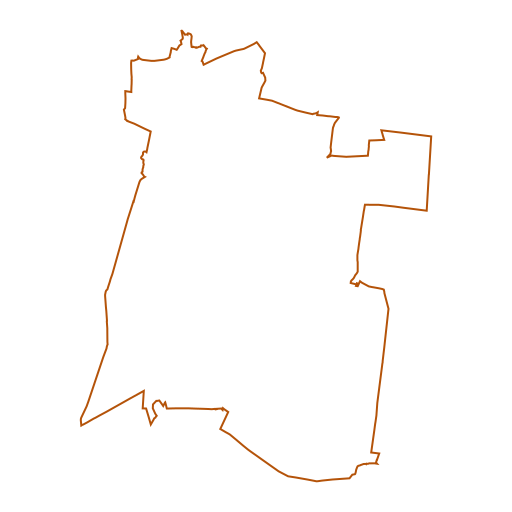 San Francisco del Rincón, Guanajuato, Mexico (Robinson projection)
{"feature_id": "50627088B79683891073354", "entity_name": "San Francisco del Rincón", "entity_type": "district", "adm_level": 2, "iso_a3": "MEX", "parent_name": "Mexico", "parent_adm1": "Guanajuato", "projection": "robinson", "projection_center": [-101.791, 20.925], "detail": "fine", "context": "isolated", "style": "outline", "palette": "amber", "viewbox_px": 512, "rotation_deg": 0, "n_neighbors": 0, "source": "geoboundaries", "source_scale": "gbopen_adm2", "svg_char_len": 5826}
<svg xmlns="http://www.w3.org/2000/svg" viewBox="0 0 512 512"><path d="M81.3,425.5L82.4,424.8L82.8,424.7L83.1,424.6L87.2,422.4L93.7,418.6L95.4,417.8L99.7,415.4L106.6,411.7L130.6,398.2L143.8,390.9L142.7,408.4L146.1,408.5L148.7,417.1L150.8,424.5L153.4,420.0L154.2,418.4L155.4,417.6L155.9,416.7L156.7,415.8L155.3,413.8L152.8,408.3L153.0,404.4L156.3,400.9L156.6,401.0L159.3,400.5L162.4,404.8L163.2,406.0L165.0,402.5L165.2,402.3L165.8,404.4L166.8,408.5L169.3,408.5L172.9,408.4L178.2,408.3L182.1,408.3L187.7,408.3L195.6,408.6L202.6,408.8L208.2,409.0L211.8,409.2L214.7,408.9L215.4,409.4L215.9,409.3L215.5,408.9L221.5,408.5L221.6,409.0L222.6,410.0L223.0,408.2L224.2,409.2L228.2,412.0L220.3,429.0L226.3,432.5L226.9,432.8L228.7,433.8L230.0,434.6L239.8,442.8L243.1,445.6L247.9,449.5L249.4,450.6L250.2,451.2L278.6,471.3L288.1,476.3L295.9,477.5L307.8,479.6L313.5,480.7L316.5,481.3L317.9,481.2L322.0,480.6L332.5,479.5L349.5,478.3L352.3,474.7L354.9,474.2L355.2,473.9L355.7,472.3L356.2,469.7L357.1,467.3L357.6,466.3L358.4,465.8L360.0,465.4L360.5,465.1L363.6,464.0L366.1,463.9L366.3,463.8L366.4,464.0L366.6,463.8L368.0,463.8L369.1,463.4L369.9,463.3L370.8,463.4L372.0,463.3L374.5,463.3L377.0,463.7L376.0,462.5L376.8,459.9L377.0,459.9L377.1,459.5L379.2,453.5L371.2,452.5L374.3,430.4L375.2,423.6L375.5,421.9L376.4,415.6L377.3,403.0L382.1,365.7L382.3,364.0L382.6,362.5L382.7,360.8L384.3,347.1L386.2,329.7L386.8,324.3L388.5,308.8L384.4,293.1L384.3,291.8L383.8,289.6L382.2,289.0L379.0,288.3L372.9,287.2L372.1,287.1L368.8,286.4L361.9,282.7L360.0,281.2L357.7,286.2L356.0,285.9L357.0,283.5L357.2,282.5L357.0,282.8L357.0,283.1L356.4,284.4L352.3,283.4L350.7,283.0L350.9,281.3L351.7,280.2L352.5,279.5L353.6,278.3L354.6,276.5L355.0,275.6L355.2,275.2L355.5,274.9L356.3,273.9L357.1,272.8L357.7,271.6L357.7,262.1L357.4,260.4L357.4,255.1L357.8,252.5L358.4,249.0L358.5,247.9L359.2,242.7L359.7,239.5L359.8,238.3L360.1,236.6L360.7,232.1L360.9,230.2L360.8,229.8L361.1,228.2L362.2,221.4L362.9,217.1L363.3,214.4L363.8,211.1L364.1,209.8L364.8,205.5L365.0,204.7L371.0,204.8L378.7,204.8L394.4,206.5L403.1,207.7L426.7,210.7L428.8,174.8L428.9,174.7L431.2,136.4L401.0,132.6L381.4,130.3L381.5,130.6L381.7,131.3L381.8,131.9L382.5,134.1L382.7,135.0L384.2,139.9L381.5,140.0L375.3,140.3L369.3,140.5L368.8,145.2L368.9,146.5L368.7,148.2L368.6,149.6L368.5,150.3L368.3,151.0L367.9,155.7L346.3,156.8L333.8,155.9L331.9,155.6L331.5,155.6L328.3,157.0L326.8,157.7L330.0,154.4L330.5,153.6L330.8,152.1L331.1,151.2L331.1,150.9L331.0,150.6L331.0,150.2L330.9,149.8L330.9,149.2L330.7,148.3L330.6,147.5L331.2,142.2L332.8,129.1L333.0,127.8L333.1,127.3L333.3,127.0L333.4,126.6L333.7,126.0L334.1,124.6L334.9,122.9L338.9,117.7L338.7,117.3L338.0,117.2L337.1,117.0L335.4,117.0L330.1,116.3L328.0,116.2L322.7,115.5L317.2,115.1L317.7,112.3L316.4,113.1L314.8,113.6L314.1,113.6L313.1,113.9L312.7,114.2L305.7,112.6L297.5,110.6L295.4,109.9L272.0,100.7L266.7,99.7L259.1,98.4L261.6,87.8L262.0,86.9L264.4,82.6L264.7,82.0L265.4,80.6L265.2,77.6L263.0,72.8L261.7,73.2L261.2,72.6L261.1,72.3L260.8,70.7L261.8,68.4L261.9,68.1L263.0,63.0L263.1,62.3L263.9,58.6L265.0,53.2L259.2,45.5L259.0,45.1L257.0,42.6L256.7,42.2L253.8,44.0L244.9,48.4L244.0,48.8L242.9,49.1L240.9,49.5L235.9,50.6L234.0,51.2L222.0,56.2L216.3,58.6L203.6,64.7L202.7,62.0L202.4,61.5L201.7,61.0L203.4,56.9L203.5,56.5L204.7,53.4L205.4,52.2L205.6,51.2L206.2,49.7L206.8,48.7L205.9,48.3L204.5,46.4L204.1,45.9L203.7,45.4L203.5,45.7L202.4,45.4L200.9,45.5L200.5,46.7L200.2,46.6L198.9,46.9L197.2,47.6L196.2,47.8L196.0,47.3L195.7,47.4L193.5,47.0L193.3,46.8L192.9,46.8L192.5,46.8L192.4,47.1L191.7,47.0L191.6,46.9L191.3,44.1L191.1,42.2L191.2,40.7L191.5,38.4L191.7,36.3L191.4,35.5L190.9,34.5L190.6,34.2L189.5,33.7L188.0,33.3L187.8,33.5L187.6,34.5L187.5,34.4L186.2,34.5L185.0,34.7L184.4,33.8L183.4,32.6L182.6,31.5L182.3,31.1L181.8,30.7L181.5,30.8L182.2,34.1L182.8,37.6L182.8,38.2L182.7,38.6L182.6,38.9L182.4,39.1L180.5,40.7L180.9,41.4L181.5,44.1L180.8,44.6L179.4,45.5L177.6,48.5L176.7,49.8L174.4,48.9L171.6,48.1L170.8,51.2L170.8,51.7L170.8,52.0L169.5,57.0L169.6,57.4L169.1,57.7L168.1,58.2L166.9,58.8L165.0,59.4L163.7,59.7L154.2,60.9L152.6,60.9L151.6,60.9L144.0,60.0L142.5,59.8L141.9,59.6L141.2,59.3L140.2,58.8L139.4,58.1L139.0,57.7L138.2,56.6L138.0,57.3L138.2,58.9L137.1,59.4L134.8,60.3L133.8,60.7L132.1,60.5L131.4,60.6L131.1,63.0L131.2,69.3L131.4,73.9L131.7,77.1L131.6,79.4L131.7,79.5L131.6,84.1L131.5,85.6L131.3,90.3L131.3,92.0L127.0,91.4L126.9,91.3L125.3,91.1L125.3,93.4L125.5,98.4L125.4,103.1L125.1,108.1L125.0,108.3L123.9,109.6L125.1,115.7L125.5,118.1L125.4,118.5L125.2,119.2L126.7,120.4L127.6,120.9L127.5,121.1L134.3,123.7L141.9,127.4L145.0,128.9L150.7,131.5L148.9,140.6L147.4,147.8L147.2,149.2L146.5,152.2L146.0,151.8L145.5,151.6L145.2,151.5L144.6,151.5L144.2,151.5L143.5,151.9L143.2,152.4L143.0,152.7L143.0,152.9L143.0,154.4L142.8,154.8L142.7,155.1L142.6,155.4L142.2,155.9L141.8,156.3L141.5,156.6L141.1,157.5L141.1,158.0L142.0,159.1L142.3,159.3L143.0,159.4L143.3,159.5L143.5,159.8L143.6,160.4L143.4,161.2L143.3,162.4L143.4,163.3L143.7,164.0L143.8,164.3L143.7,164.7L143.7,164.9L143.4,165.6L143.3,166.2L143.2,167.5L142.8,168.4L142.7,169.1L142.5,169.8L142.5,170.2L142.6,171.2L142.5,171.5L142.4,171.9L142.0,172.2L141.7,172.3L141.6,172.5L141.5,173.0L141.7,173.3L142.9,174.5L143.8,176.0L144.3,176.6L144.5,176.7L144.9,176.9L141.7,178.9L140.9,179.6L140.5,180.0L140.2,180.5L139.7,181.5L139.4,182.2L135.4,195.1L134.6,198.0L133.7,201.6L133.4,201.4L130.9,209.3L127.7,219.3L126.8,222.6L112.5,273.6L112.1,274.8L110.5,279.2L109.9,281.5L108.1,287.0L107.4,289.4L106.2,290.5L105.7,291.7L105.1,294.7L105.1,295.9L105.9,306.8L106.3,310.9L107.0,321.0L106.8,321.2L107.3,328.3L107.3,329.7L107.4,341.9L107.6,344.5L107.3,345.0L106.8,346.7L106.5,348.5L103.3,357.0L88.2,402.0L86.6,406.4L81.2,417.8L80.9,418.8L80.8,420.1L81.3,425.5Z" fill="none" stroke="#b45309" stroke-width="2"/></svg>